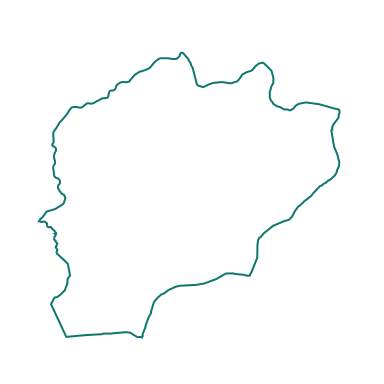 Zacapa, Zacapa, Guatemala (Mercator projection), rotated 354°
{"feature_id": "79465075B10782882700872", "entity_name": "Zacapa", "entity_type": "district", "adm_level": 2, "iso_a3": "GTM", "parent_name": "Guatemala", "parent_adm1": "Zacapa", "projection": "mercator", "projection_center": [-89.497, 14.973], "detail": "fine", "context": "isolated", "style": "outline", "palette": "teal", "viewbox_px": 384, "rotation_deg": 354, "n_neighbors": 0, "source": "geoboundaries", "source_scale": "gbopen_adm2", "svg_char_len": 5082}
<svg xmlns="http://www.w3.org/2000/svg" viewBox="0 0 384 384"><g transform="rotate(354 192 192)"><path d="M127.0,331.6L128.0,329.9L127.9,328.5L131.7,321.3L131.6,320.6L135.6,312.5L138.7,308.0L138.8,306.6L142.7,297.4L147.3,293.1L150.8,290.7L153.5,290.0L158.0,287.2L165.5,284.6L169.9,284.0L186.8,284.8L194.9,284.2L207.4,281.0L217.1,276.6L224.8,277.3L225.5,277.9L235.5,279.9L237.9,281.0L241.0,281.1L241.3,279.7L242.7,278.1L250.0,264.2L251.5,252.0L252.7,246.7L254.1,244.6L255.4,244.1L259.0,240.6L266.7,235.7L269.1,234.1L280.2,230.7L285.5,229.8L288.7,227.2L289.4,226.2L292.6,221.5L296.4,217.3L297.1,217.3L299.2,215.7L303.2,212.5L304.8,211.7L310.3,208.2L312.1,206.2L320.2,199.3L321.5,199.2L324.3,197.3L325.9,196.9L329.0,194.6L330.0,194.6L332.8,192.8L335.7,190.5L337.8,187.9L338.1,186.4L341.0,181.3L341.6,177.6L340.5,170.2L338.1,161.9L337.6,155.2L337.0,145.2L338.1,144.5L338.1,143.7L338.2,142.0L340.0,139.3L345.5,133.4L345.9,131.0L347.0,128.7L347.2,126.3L346.2,125.1L344.2,124.6L327.7,118.0L314.5,114.8L307.4,115.5L304.1,117.0L301.5,119.7L298.2,121.1L295.1,119.8L292.8,119.7L291.1,118.6L288.0,116.5L285.8,115.8L283.2,113.8L281.7,112.4L281.6,111.4L279.9,108.9L279.3,106.3L279.7,101.1L282.0,95.3L284.2,92.2L284.9,87.1L283.7,79.7L276.9,71.4L275.5,70.7L273.3,71.1L271.9,71.3L268.5,73.3L264.9,76.9L263.2,77.8L258.9,78.5L254.3,80.4L250.6,85.0L248.5,86.7L244.4,87.4L243.6,87.9L241.3,87.9L233.4,85.8L224.9,85.7L220.6,86.6L214.0,88.9L208.9,86.6L208.1,85.5L205.6,68.3L204.7,66.9L203.8,63.0L202.5,61.1L202.5,59.8L197.8,53.1L196.8,52.4L195.4,52.5L194.5,53.9L194.1,54.8L193.6,55.7L192.9,56.4L191.8,57.3L190.7,57.8L189.9,58.0L189.1,58.0L188.2,57.9L187.1,57.8L186.3,57.6L184.5,57.1L182.8,56.7L181.5,56.4L176.2,55.9L175.3,55.7L174.5,55.7L173.8,55.9L172.9,56.2L171.5,56.9L169.7,58.0L168.1,59.2L166.7,60.5L165.4,61.8L164.2,63.1L163.1,64.0L162.2,64.6L161.1,65.0L156.3,66.3L154.5,66.6L152.5,67.0L151.4,67.4L149.9,68.2L147.8,69.2L146.4,70.3L143.9,72.7L143.4,73.2L142.7,73.8L141.4,75.3L140.9,75.6L140.1,75.9L139.2,76.0L138.3,75.9L137.3,75.8L135.9,75.4L134.9,75.3L134.1,75.4L133.2,75.5L132.5,75.6L131.8,75.9L131.1,76.2L130.1,76.7L129.3,77.2L128.6,77.7L128.1,78.2L127.7,78.9L127.4,79.6L127.2,80.2L126.8,81.0L126.3,81.6L125.8,82.1L124.7,82.7L123.8,82.8L123.0,82.7L121.9,82.7L121.2,82.8L120.6,83.3L120.1,84.0L119.7,84.7L119.5,85.4L119.2,86.4L119.0,87.2L118.7,88.2L118.3,88.8L117.4,89.5L116.8,89.6L116.1,89.6L115.5,89.6L114.4,89.5L113.7,89.5L112.7,89.5L111.7,89.8L109.4,90.9L107.6,91.5L106.7,91.8L105.6,92.3L104.7,92.8L103.9,93.2L103.1,93.4L102.3,93.6L101.2,93.6L100.6,93.5L99.7,93.4L99.0,93.0L97.4,92.8L96.6,93.1L95.5,93.6L94.1,94.5L92.3,95.9L90.8,96.5L90.1,96.4L89.4,96.4L88.6,96.2L87.5,95.9L86.3,95.5L85.1,95.2L83.9,95.1L82.7,95.2L82.0,95.2L81.3,95.4L80.3,96.1L79.4,97.0L78.5,98.1L77.5,99.4L76.0,101.3L71.7,105.5L69.0,107.9L67.6,109.1L66.6,110.2L65.1,112.4L63.6,114.4L61.8,116.3L60.7,117.7L60.1,119.4L59.9,120.4L59.9,121.3L59.9,122.3L59.9,123.5L59.9,124.6L59.9,125.3L59.8,125.9L59.7,127.1L59.4,128.3L58.9,129.1L58.1,129.8L57.9,130.7L58.2,131.5L58.7,131.8L59.4,132.5L59.9,132.9L60.7,133.6L61.2,134.4L61.3,135.5L61.0,136.7L60.6,137.4L60.0,138.2L59.3,139.3L59.0,140.2L58.6,141.4L58.4,142.2L58.4,143.2L58.5,144.4L58.6,145.3L58.9,146.3L58.9,146.9L59.0,148.4L58.8,149.2L58.0,150.4L57.4,151.0L57.0,151.7L56.6,152.5L56.4,153.5L56.5,155.1L56.6,158.9L56.6,160.3L56.6,161.3L57.0,162.3L57.5,162.8L58.0,163.4L58.9,164.0L59.8,164.5L60.4,164.7L61.4,166.1L61.8,166.9L61.8,168.1L61.7,169.0L61.4,169.8L60.8,170.4L60.0,171.0L59.3,172.2L59.2,173.1L59.2,173.9L59.4,174.7L60.3,176.8L60.9,177.8L62.0,179.7L62.8,180.5L63.6,181.0L64.4,181.5L65.5,184.7L63.5,189.3L62.1,190.8L54.0,194.7L45.3,196.3L41.0,201.2L38.5,202.9L36.8,205.1L37.7,205.3L38.3,205.9L38.5,206.0L38.8,206.0L39.5,206.0L41.2,206.0L42.3,206.0L42.8,206.2L43.6,207.1L44.3,207.8L44.4,208.0L44.4,209.0L44.4,209.7L44.4,210.4L44.4,210.8L44.6,211.2L45.4,212.0L45.7,212.2L46.2,212.1L46.7,212.1L47.2,211.9L47.6,211.9L47.9,212.0L48.3,212.6L49.2,214.0L49.5,214.6L49.9,214.9L50.3,215.3L50.6,215.4L50.9,216.0L51.4,216.8L51.6,217.1L51.9,217.6L52.3,218.2L52.5,218.4L52.6,218.6L52.4,218.9L52.1,219.1L51.8,219.3L51.5,219.4L51.4,219.4L51.6,219.6L51.8,219.8L52.1,219.9L52.2,220.0L51.8,220.5L51.7,221.0L51.5,221.4L51.1,221.7L50.7,222.1L50.3,222.8L50.0,224.0L50.0,225.0L50.4,225.4L50.7,225.6L51.1,225.9L51.2,226.4L51.1,227.0L51.7,227.7L52.2,228.5L52.7,229.3L52.0,230.0L51.7,231.2L51.6,231.9L50.9,232.0L50.6,232.8L51.3,234.1L51.9,235.4L51.9,236.0L51.6,236.5L51.3,236.9L51.1,237.2L51.0,237.6L51.0,238.0L51.1,238.4L51.3,238.8L51.4,239.1L51.4,239.4L52.0,240.0L52.9,241.0L53.4,241.4L53.8,242.0L54.1,242.4L54.5,242.8L55.0,243.4L55.4,243.8L56.1,244.5L57.3,246.0L58.8,247.7L61.0,250.6L62.0,262.0L61.8,262.6L59.1,265.5L58.6,269.1L58.8,269.4L55.2,276.5L52.1,279.0L50.0,280.6L47.0,282.4L44.9,282.5L43.8,283.2L40.1,288.8L51.8,322.9L55.4,323.0L58.1,323.0L59.5,323.2L62.5,323.0L67.2,323.2L70.9,323.2L79.2,323.6L87.2,324.0L89.4,323.6L96.4,324.3L101.0,324.3L110.4,324.5L112.7,324.7L115.7,325.4L119.3,328.2L122.2,330.3L123.9,330.8L125.7,330.8L127.0,331.6Z" fill="none" stroke="#0f766e" stroke-width="2"/></g></svg>